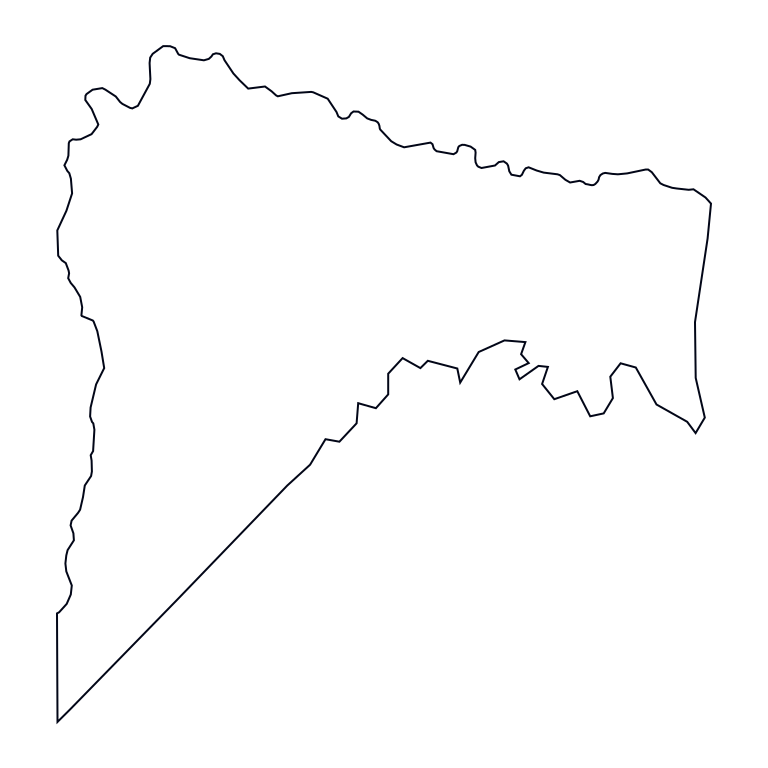 Nassau, Florida, United States of America (Albers equal-area conic projection)
{"feature_id": "52423323B49658569394047", "entity_name": "Nassau", "entity_type": "district", "adm_level": 2, "iso_a3": "USA", "parent_name": "United States of America", "parent_adm1": "Florida", "projection": "albers", "projection_center": [-81.792, 30.55], "detail": "fine", "context": "isolated", "style": "outline", "palette": "ink", "viewbox_px": 768, "rotation_deg": 0, "n_neighbors": 0, "source": "geoboundaries", "source_scale": "gbopen_adm2", "svg_char_len": 2878}
<svg xmlns="http://www.w3.org/2000/svg" viewBox="0 0 768 768"><path d="M57.0,613.4L57.5,721.9L69.8,709.7L177.5,599.4L287.3,485.5L310.1,464.7L325.5,439.2L339.4,441.7L356.6,423.3L358.2,403.2L375.9,408.2L388.2,394.4L388.2,373.7L402.6,358.1L420.4,368.1L427.8,360.8L457.3,368.5L460.2,382.6L478.7,352.0L504.5,340.4L525.4,342.1L521.1,354.2L528.7,363.1L515.3,369.5L519.5,379.3L538.5,365.9L547.9,366.9L542.1,384.0L554.3,399.2L577.3,391.2L590.2,416.3L603.7,413.4L612.9,398.1L610.3,376.7L620.6,363.3L635.8,367.5L656.5,404.5L687.2,421.8L695.6,433.1L704.8,417.6L695.7,377.9L695.0,322.1L707.6,238.5L711.0,203.6L705.5,197.5L693.5,189.3L688.7,189.8L676.8,188.5L672.1,187.8L663.6,185.0L660.3,183.3L651.8,172.2L648.1,169.5L645.8,169.5L627.2,173.4L617.9,174.3L612.3,173.9L605.2,172.9L602.8,173.5L600.4,175.1L599.1,177.2L598.6,179.6L597.6,181.5L595.3,184.0L593.6,185.0L591.9,185.2L590.1,184.9L588.0,184.4L585.6,184.0L583.2,182.0L579.7,180.8L570.1,182.5L565.4,179.8L559.9,175.1L557.5,174.3L543.7,172.6L536.6,170.5L528.6,167.3L525.7,168.3L523.9,170.7L521.9,174.8L520.0,176.3L511.4,174.7L509.3,171.3L508.1,165.6L506.9,163.6L503.6,161.3L498.8,162.1L495.0,165.5L481.5,168.0L478.3,166.7L477.0,165.4L475.6,162.3L475.2,158.2L475.6,152.6L475.2,149.9L472.7,148.1L470.6,146.6L464.7,144.9L462.1,144.8L459.3,146.0L458.3,147.2L457.2,151.3L456.3,152.6L453.5,154.2L436.6,151.2L434.5,149.4L433.6,148.0L432.5,144.2L430.5,142.6L404.1,147.3L396.6,144.5L391.2,141.2L380.2,129.5L379.8,128.6L379.4,125.8L378.7,123.8L377.8,122.4L376.4,121.4L375.1,120.7L371.2,119.9L367.2,118.4L362.8,114.7L358.5,111.7L353.5,111.5L351.1,113.3L348.9,116.9L346.3,118.4L342.0,118.7L338.3,116.4L336.5,112.0L327.7,98.7L313.2,92.3L311.2,91.9L291.8,93.2L277.8,96.3L276.1,95.4L271.6,91.3L265.0,86.5L248.2,88.6L239.6,80.3L233.4,73.5L224.5,60.2L222.8,56.2L219.8,53.9L216.0,53.3L212.9,54.3L211.4,56.5L208.8,58.9L203.9,60.3L189.7,58.2L179.0,54.7L178.2,53.9L175.1,48.2L170.1,46.2L163.2,46.1L152.7,53.8L150.2,57.6L149.6,63.0L149.9,69.3L150.4,79.1L149.8,83.8L137.9,105.8L132.5,108.3L132.4,108.4L130.1,107.9L122.4,103.9L120.1,102.0L115.8,96.5L105.3,89.6L102.3,88.1L92.6,89.7L86.5,94.1L85.5,95.7L85.3,100.0L91.7,109.0L98.3,124.5L97.2,126.8L91.6,134.1L80.6,139.3L76.2,139.7L72.7,139.3L69.5,141.4L68.8,143.2L68.4,155.7L67.2,159.7L64.4,165.3L67.3,170.9L69.3,173.2L70.9,178.7L72.1,193.4L66.4,210.8L57.3,230.4L58.2,255.7L61.8,260.3L65.8,263.1L68.6,270.6L69.1,273.3L68.2,278.2L70.7,282.9L74.5,287.4L80.2,296.9L82.2,307.3L81.4,315.3L81.8,316.0L92.8,320.5L93.6,321.5L97.3,331.2L101.5,351.6L104.2,368.1L96.1,384.4L90.6,407.5L90.1,416.5L92.0,421.9L93.3,423.4L94.4,429.7L93.1,451.1L90.7,455.2L91.6,460.6L91.9,471.5L91.1,476.0L84.8,485.5L83.0,497.1L80.1,509.7L78.1,512.8L71.6,520.6L70.6,525.4L73.4,533.3L73.9,540.3L67.6,550.1L66.3,555.4L65.4,563.5L66.3,571.4L71.8,585.5L70.8,594.5L66.7,603.9L59.1,612.3L57.0,613.4Z" fill="none" stroke="#020617" stroke-width="2"/></svg>